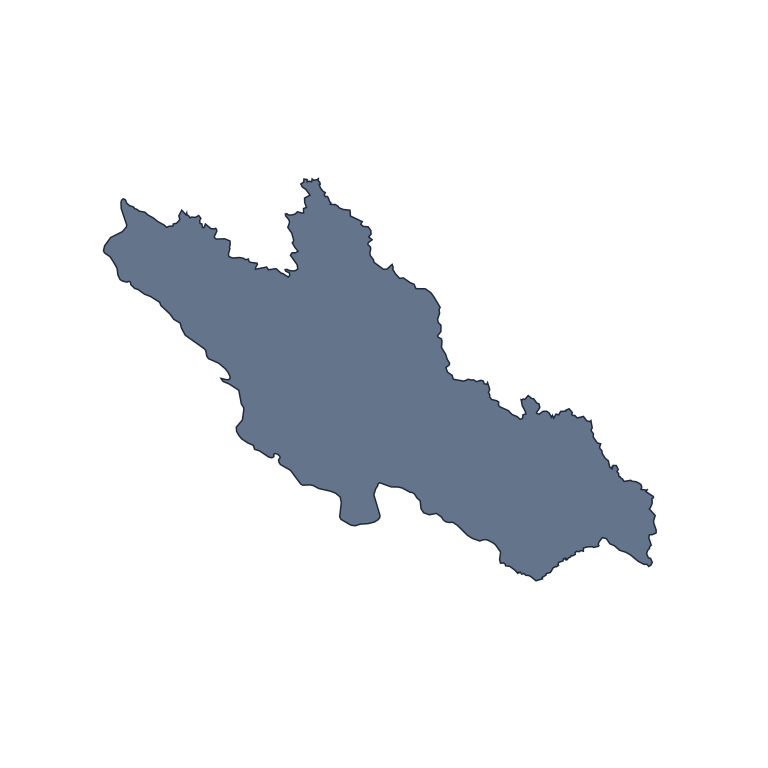 the district of Hpapun, Kayin, Myanmar, rotated 146°
{"feature_id": "60261553B97076149795033", "entity_name": "Hpapun", "entity_type": "district", "adm_level": 2, "iso_a3": "MMR", "parent_name": "Myanmar", "parent_adm1": "Kayin", "projection": "orthographic", "projection_center": [97.331, 18.069], "detail": "fine", "context": "isolated", "style": "filled", "palette": "slate", "viewbox_px": 768, "rotation_deg": 146, "n_neighbors": 0, "source": "geoboundaries", "source_scale": "gbopen_adm2", "svg_char_len": 6160}
<svg xmlns="http://www.w3.org/2000/svg" viewBox="0 0 768 768"><g transform="rotate(146 384 384)"><path d="M333.4,596.5L335.8,598.7L337.6,596.3L341.1,596.3L341.6,593.2L339.9,588.6L339.8,581.9L345.9,582.6L348.2,578.9L349.6,573.7L352.6,574.5L355.0,570.8L356.4,571.5L359.4,575.2L362.7,574.6L366.4,575.9L368.6,577.5L369.4,579.6L370.7,580.1L371.5,578.4L371.0,573.2L372.1,570.6L376.2,567.6L376.1,560.7L378.4,553.9L379.3,552.9L381.1,552.4L381.5,546.9L381.0,542.2L383.9,542.2L386.8,544.2L389.6,543.1L389.3,531.5L391.1,527.6L393.9,527.5L396.0,528.4L399.2,531.2L400.3,533.3L402.0,534.1L402.4,532.6L400.4,529.0L401.3,526.8L403.5,526.1L406.3,532.5L407.2,533.1L409.0,540.0L415.8,543.2L415.9,546.6L426.4,551.0L425.4,552.3L421.9,554.1L421.7,555.2L427.0,559.8L427.3,561.8L426.5,563.4L429.3,564.5L430.2,566.8L433.1,569.7L438.8,572.9L440.8,575.5L441.2,577.0L440.2,578.8L436.0,582.5L435.7,583.8L433.6,585.5L431.7,588.7L434.9,593.5L441.9,597.8L442.6,599.7L442.4,601.0L437.1,604.2L436.3,606.2L436.8,607.4L437.5,607.2L440.5,609.4L442.6,616.5L445.6,614.3L446.9,615.2L445.5,618.6L446.7,620.0L445.4,622.6L443.2,623.7L443.4,627.3L447.3,627.6L450.1,630.0L452.0,630.3L451.9,632.7L452.7,634.5L451.9,636.1L453.5,635.0L454.5,641.2L460.1,638.1L461.2,634.6L464.0,633.7L466.2,633.3L469.1,634.5L470.8,633.0L473.8,634.9L476.8,635.6L477.3,638.6L480.8,645.4L482.4,650.7L485.2,656.1L486.2,660.2L490.2,664.1L491.3,667.2L492.7,668.7L492.6,670.7L495.2,674.2L496.2,677.8L495.4,681.0L496.1,682.8L497.0,683.4L498.9,683.0L500.6,681.5L503.8,676.3L508.4,659.6L509.7,658.3L515.7,656.6L528.7,658.3L538.3,654.8L541.9,651.5L542.2,650.4L542.4,649.0L540.0,642.8L540.0,636.5L540.6,629.3L543.7,623.0L544.4,618.2L543.3,615.7L540.3,612.3L538.0,611.7L537.3,610.3L538.3,607.9L537.3,602.7L535.1,600.0L532.4,592.5L528.7,587.2L524.3,577.2L525.1,573.8L522.4,562.1L522.1,555.1L518.9,548.4L520.6,543.8L521.5,535.6L513.3,513.8L513.0,511.7L515.3,506.2L515.4,503.2L509.4,493.7L507.0,485.1L506.8,480.6L507.5,476.1L509.0,474.5L510.6,474.6L512.4,475.9L516.0,479.8L516.0,476.1L512.3,470.5L507.9,460.0L513.5,447.0L513.5,443.3L514.5,441.2L521.5,433.4L530.6,430.8L532.6,427.4L533.1,422.7L532.7,418.1L529.9,411.4L526.6,406.1L527.8,402.2L524.6,398.2L520.5,388.1L518.5,385.7L517.3,385.3L515.9,385.4L514.8,387.2L513.5,387.5L511.5,385.5L510.8,382.7L511.4,380.9L513.8,380.1L514.9,377.6L514.9,375.1L509.8,364.8L509.0,347.8L508.0,345.6L501.5,341.6L499.3,339.1L496.5,333.8L488.2,325.0L485.2,320.6L483.5,314.8L485.7,309.6L495.0,298.7L495.4,295.8L490.3,285.4L487.2,282.6L481.8,281.0L475.4,277.2L469.4,275.0L465.0,274.8L462.6,275.4L460.9,277.1L454.4,297.8L449.6,301.7L446.1,303.2L444.7,304.6L442.8,304.6L435.6,294.7L429.8,290.6L426.9,287.4L422.8,279.4L421.3,278.4L420.2,275.7L420.4,271.3L419.4,266.8L423.1,259.8L423.1,255.0L419.5,250.2L412.9,247.4L410.7,241.5L410.8,238.2L409.9,235.4L407.6,232.9L404.4,231.0L402.3,226.2L399.4,211.9L397.1,206.6L392.4,200.3L388.7,199.3L385.8,197.4L382.8,192.1L381.5,188.7L381.3,179.5L386.4,173.7L387.6,170.3L385.0,168.8L384.2,167.0L384.9,165.2L381.8,162.7L379.7,156.9L379.0,152.3L377.7,152.7L377.5,151.9L376.1,151.7L376.2,149.4L373.9,148.5L373.4,146.1L371.2,144.4L369.8,141.9L368.1,135.9L361.5,133.8L361.1,135.2L356.5,135.0L355.4,136.1L351.4,134.7L346.6,137.0L344.0,136.7L343.2,136.0L340.6,136.2L340.7,137.1L338.9,138.4L334.7,137.2L332.8,138.7L331.0,138.2L330.7,137.2L331.8,137.4L331.9,136.9L330.7,135.9L328.1,136.7L326.3,136.2L324.8,137.0L324.0,136.2L320.8,135.7L320.0,137.3L317.9,137.6L316.0,135.8L313.8,135.8L312.2,133.9L310.4,136.5L306.5,135.2L302.3,132.7L301.7,131.4L297.3,129.6L296.2,129.8L296.1,131.4L293.6,133.0L288.8,134.5L286.1,131.4L286.1,125.2L283.5,121.3L281.7,114.5L277.7,109.4L275.2,104.4L272.4,94.8L269.2,89.0L266.9,87.5L266.5,84.6L264.0,84.6L261.3,86.1L260.5,90.4L262.0,92.0L261.2,96.5L258.5,98.6L255.8,99.2L255.0,100.4L252.5,101.0L250.5,108.4L248.3,110.6L245.9,109.1L241.9,108.3L241.0,109.2L239.9,111.1L238.1,118.0L237.0,119.8L232.7,123.3L233.9,132.1L232.3,132.5L228.6,135.0L226.9,137.2L226.5,138.8L224.2,139.1L223.6,140.1L227.1,148.4L224.2,149.3L225.8,149.3L229.9,152.9L228.0,154.3L227.2,157.0L228.4,159.9L230.0,162.4L232.9,164.8L233.3,166.2L239.5,169.0L239.4,172.0L240.1,172.9L240.1,174.9L240.9,175.8L239.5,178.9L239.9,181.0L237.6,182.2L237.0,186.5L239.6,188.4L241.0,187.2L241.2,187.8L242.4,186.2L243.3,188.9L241.0,194.8L242.1,198.5L242.0,204.4L240.6,206.9L241.1,209.7L240.4,211.3L237.8,213.2L240.1,215.9L240.2,223.0L238.2,225.7L238.4,229.8L235.9,231.2L232.9,238.0L234.6,237.9L236.5,240.2L236.8,245.6L242.8,247.8L243.5,251.4L245.1,252.3L245.4,253.9L243.8,255.0L244.4,260.0L248.2,260.6L248.6,259.9L252.9,262.5L256.5,260.7L258.2,262.9L262.4,260.8L261.9,263.9L263.8,262.8L263.3,267.6L264.4,270.5L267.6,272.5L272.3,272.2L273.7,274.1L273.6,275.0L268.1,277.2L266.6,280.8L268.0,282.8L268.2,288.2L269.6,289.3L270.9,293.8L276.0,292.4L277.0,293.8L278.7,293.6L279.1,294.3L281.5,288.6L282.2,282.3L283.3,279.8L285.9,280.8L288.5,278.0L290.9,278.6L291.8,282.4L294.9,287.1L295.8,292.4L300.8,300.5L300.9,302.5L299.0,304.9L299.9,307.1L303.4,310.9L303.6,313.9L302.3,316.3L302.2,318.5L299.3,320.5L297.4,327.2L298.8,326.2L300.7,328.1L300.1,331.1L301.5,332.8L306.1,334.3L307.4,337.4L309.6,338.6L311.4,340.8L316.2,341.7L323.9,349.2L322.7,353.0L324.7,358.3L323.5,363.0L319.2,363.3L318.0,364.6L317.8,369.0L316.3,374.2L315.9,382.2L312.0,387.0L311.2,389.3L313.0,392.9L312.7,394.0L307.6,395.6L303.9,400.9L304.7,404.7L303.3,407.8L298.3,411.6L296.8,414.9L294.6,416.1L293.9,428.2L294.1,433.4L296.5,439.8L304.2,445.2L303.3,450.0L305.5,453.1L308.6,461.1L312.0,462.9L312.9,468.8L312.6,474.0L311.2,475.6L310.4,478.6L317.6,477.6L320.4,479.6L324.2,490.3L323.3,492.9L323.5,498.2L322.4,500.6L319.5,503.4L318.6,505.3L319.4,508.5L318.1,510.0L313.2,510.2L314.4,514.5L311.0,515.4L309.1,518.6L309.2,523.1L313.2,526.4L313.9,529.6L311.2,530.7L317.9,542.0L315.0,547.1L320.1,551.4L323.0,555.6L322.6,556.8L324.0,560.0L328.1,563.0L326.7,563.8L327.1,565.4L326.0,570.3L326.3,571.4L328.0,572.1L327.7,574.3L325.6,575.5L326.8,577.7L327.1,582.2L326.1,585.6L325.1,585.3L324.5,587.1L324.8,589.2L323.6,590.9L325.1,590.8L328.3,592.2L328.9,594.2L330.9,592.1L332.7,594.1L334.6,594.5L333.4,596.5Z" fill="#64748b" stroke="#1e293b" stroke-width="1.5"/></g></svg>